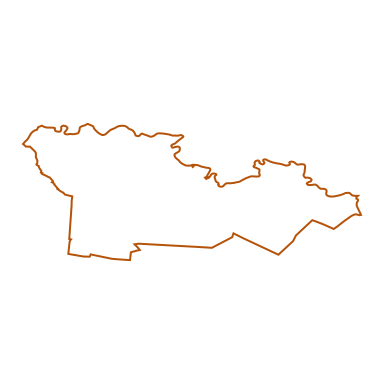 Ape, Apes, Latvia (Natural Earth projection)
{"feature_id": "27541924B31450842752545", "entity_name": "Ape", "entity_type": "district", "adm_level": 2, "iso_a3": "LVA", "parent_name": "Latvia", "parent_adm1": "Apes", "projection": "natural_earth1", "projection_center": [26.703, 57.539], "detail": "fine", "context": "isolated", "style": "outline", "palette": "amber", "viewbox_px": 384, "rotation_deg": 0, "n_neighbors": 0, "source": "geoboundaries", "source_scale": "gbopen_adm2", "svg_char_len": 5897}
<svg xmlns="http://www.w3.org/2000/svg" viewBox="0 0 384 384"><path d="M352.5,215.4L353.0,215.2L354.2,214.6L355.0,214.4L356.0,214.3L357.1,214.6L358.5,214.9L359.1,215.1L360.2,215.1L361.0,214.9L360.7,214.2L356.8,206.0L356.6,203.8L357.0,202.4L357.9,200.9L358.1,200.1L357.7,199.3L356.3,198.6L356.5,197.1L357.8,195.9L355.2,195.9L352.2,195.4L349.7,193.1L348.2,192.8L345.6,193.0L342.9,194.2L339.9,195.2L335.9,196.1L333.2,196.5L330.6,196.5L328.8,196.2L327.3,195.6L326.4,194.6L326.1,193.6L326.6,191.7L326.5,190.4L325.7,189.5L324.1,188.8L320.8,188.8L319.0,187.7L317.2,185.6L315.5,184.6L313.9,184.6L312.0,184.9L309.1,185.1L308.2,185.0L307.2,184.2L306.8,183.4L307.1,183.0L308.8,182.0L310.8,181.4L311.6,179.8L310.4,178.3L307.9,177.6L305.4,177.8L304.0,176.4L303.7,175.9L303.6,175.5L303.5,175.0L303.8,174.2L304.2,173.5L304.8,170.9L304.6,170.1L304.8,169.5L305.0,168.8L305.1,166.7L305.0,165.8L304.9,165.3L304.6,165.0L304.0,164.5L302.9,164.3L301.9,164.2L300.4,164.3L298.4,164.6L297.7,164.6L297.1,164.5L296.2,163.9L295.5,163.4L294.7,162.6L293.6,162.1L292.7,161.8L291.8,161.6L290.8,161.7L289.8,162.0L289.4,162.3L289.3,162.5L289.9,164.2L289.8,164.5L289.4,164.8L288.9,165.0L288.0,165.3L286.9,165.5L285.7,165.5L285.1,165.3L284.4,165.1L283.8,164.9L281.3,164.1L280.3,163.9L279.3,163.7L277.1,163.4L275.8,163.1L274.6,162.8L273.2,162.5L272.3,162.3L269.8,161.4L267.6,160.4L266.6,159.8L266.0,159.5L265.2,159.4L264.7,159.4L263.9,159.5L263.5,159.7L263.3,159.9L263.2,160.1L263.3,161.2L264.0,162.1L264.4,162.9L263.7,164.0L262.9,164.3L262.1,164.3L260.8,163.8L259.5,163.0L259.3,162.6L259.7,161.9L259.3,161.3L258.7,160.7L258.3,160.5L257.7,160.5L257.1,160.6L255.8,161.0L254.8,162.0L254.6,162.6L254.7,163.0L254.6,163.4L254.6,163.7L254.9,164.4L254.9,164.7L254.8,165.0L254.6,165.3L254.0,165.7L253.7,165.9L253.5,166.2L253.5,166.5L254.0,167.1L255.7,167.7L256.5,168.0L257.5,168.5L258.3,168.8L258.9,169.1L259.4,169.5L259.5,170.0L259.5,170.7L259.4,171.3L259.2,172.1L259.1,172.8L259.4,174.1L259.7,174.4L259.8,175.0L259.7,175.4L259.5,175.9L259.0,176.2L258.2,176.5L257.3,176.5L255.4,176.5L253.4,176.4L252.3,176.3L251.4,176.4L250.5,176.5L249.6,176.8L246.8,177.9L245.0,178.7L244.2,179.2L242.4,180.0L240.4,181.3L238.5,182.0L235.8,182.4L234.0,182.9L230.3,183.3L228.3,183.2L226.8,183.3L226.2,183.4L225.7,183.7L224.4,184.8L223.3,186.1L222.5,186.5L221.5,186.7L220.5,186.7L219.5,186.4L218.7,186.0L218.6,185.6L218.4,185.2L218.2,184.8L218.7,184.5L218.5,183.8L218.4,183.1L218.0,182.7L217.3,182.4L216.7,182.1L216.2,181.6L215.8,181.2L215.6,180.7L215.4,179.7L215.2,179.0L214.8,177.9L214.6,176.9L214.7,176.4L215.0,175.9L216.0,175.2L216.3,174.9L216.3,174.4L216.0,174.1L215.7,173.9L214.3,173.5L213.4,173.5L212.6,173.6L211.8,174.0L211.1,174.7L210.5,175.7L209.8,176.7L209.3,177.1L208.5,177.1L208.8,177.7L206.2,178.9L205.0,177.6L206.2,177.0L206.9,176.7L207.3,175.4L209.3,172.0L210.4,169.7L210.1,168.7L209.2,168.1L205.8,167.6L201.1,166.5L200.0,166.0L197.8,165.2L194.2,164.8L193.9,164.9L193.7,166.2L192.7,167.0L192.1,166.0L192.2,165.0L190.5,165.5L188.0,165.7L185.5,165.4L182.7,164.0L180.2,162.3L178.8,160.4L177.5,159.4L175.4,157.5L174.7,156.1L174.4,155.0L174.7,154.1L175.3,153.7L176.3,153.0L178.2,152.0L179.3,151.1L179.8,149.4L179.8,147.9L179.5,147.3L178.9,146.9L177.9,146.6L176.7,146.7L175.1,147.0L173.7,147.5L172.6,147.7L172.1,147.5L171.6,146.7L171.3,146.1L171.6,145.2L172.8,144.4L175.2,143.4L176.5,142.2L178.0,140.9L180.9,138.7L183.1,137.0L183.3,136.4L182.8,135.9L181.9,135.3L180.4,135.1L178.3,135.6L176.6,135.7L174.5,135.5L172.6,135.6L169.2,134.5L166.3,134.0L162.5,133.5L159.4,133.3L157.7,133.5L156.5,133.9L154.9,135.2L153.5,136.0L151.6,136.7L150.2,136.7L148.1,135.8L144.9,134.7L142.0,133.6L141.3,133.9L140.5,134.5L139.5,135.7L138.4,136.1L137.1,136.0L135.7,135.5L135.4,134.9L134.7,133.1L133.8,131.7L132.9,130.7L131.9,129.9L131.0,129.6L129.6,129.1L128.5,128.5L127.4,127.4L125.9,126.4L124.4,125.9L122.1,125.7L119.5,126.0L117.5,126.6L114.5,128.3L112.4,129.1L110.3,130.1L108.3,131.8L106.5,133.4L105.3,134.4L103.5,135.0L102.2,135.0L100.3,134.1L97.9,132.5L96.6,131.3L95.1,129.8L93.8,128.0L93.2,126.3L91.0,125.3L89.3,124.6L87.9,123.9L87.5,123.9L86.2,124.6L84.6,125.5L82.2,126.0L81.5,126.5L80.7,126.8L79.9,127.5L79.6,128.9L79.5,130.1L78.7,132.3L78.1,133.1L77.3,133.5L74.2,134.1L72.1,134.2L70.3,133.9L67.5,134.4L65.4,134.1L64.7,133.6L64.4,132.6L64.9,131.8L66.2,130.5L67.2,128.9L67.5,128.1L66.7,126.7L65.4,126.1L63.5,125.6L62.0,126.2L61.2,126.9L61.2,127.6L61.3,129.1L61.0,130.4L60.4,131.3L59.6,131.7L58.4,131.7L56.6,131.4L55.4,130.9L55.0,130.2L54.8,129.4L54.9,128.3L54.7,128.0L53.6,127.8L51.6,127.6L48.5,127.6L46.3,127.5L44.0,126.8L41.9,125.7L38.1,127.2L37.0,129.7L34.3,130.6L32.6,131.9L31.3,133.1L29.6,135.8L28.6,137.7L26.8,140.1L25.3,141.4L23.0,144.0L26.0,146.6L29.9,146.6L35.0,151.5L35.9,153.1L35.9,157.3L36.6,158.8L37.4,160.7L37.2,163.4L36.5,164.2L36.4,164.5L37.5,165.5L38.6,165.9L39.2,167.8L40.5,169.9L41.3,170.6L41.1,171.8L40.9,172.3L42.2,173.0L41.7,173.6L42.6,174.3L44.1,174.8L47.7,176.6L48.3,177.1L49.1,177.2L49.8,177.6L52.8,180.9L52.9,181.2L52.5,181.5L52.5,181.8L52.5,182.1L52.3,182.1L52.2,182.1L52.0,182.3L53.2,182.7L53.4,182.7L53.5,182.8L53.5,183.0L53.7,183.6L53.8,183.8L54.0,184.0L54.5,184.2L54.6,184.4L54.6,184.7L54.6,185.0L55.0,185.4L55.4,185.8L57.7,188.5L57.9,188.7L57.4,189.0L57.5,189.2L58.0,189.3L59.9,190.8L62.9,192.6L63.2,192.6L65.0,194.6L72.3,196.4L71.7,200.5L71.6,205.0L71.5,206.8L69.3,238.6L69.2,238.9L71.0,239.4L70.2,240.3L69.6,241.9L69.3,244.6L68.3,253.9L83.3,256.5L89.7,256.7L90.7,254.4L95.8,255.5L111.9,258.8L117.8,259.3L130.0,260.1L130.9,252.3L136.9,250.6L139.8,250.0L138.2,248.0L135.7,245.4L134.6,244.3L138.5,243.7L195.2,246.8L211.9,247.8L232.2,237.2L232.7,235.5L233.5,233.4L243.4,238.3L278.4,254.7L293.0,241.2L296.0,235.4L312.3,220.2L316.0,221.5L318.4,222.4L320.4,223.2L322.2,223.9L324.6,224.9L326.6,225.8L331.8,228.1L333.6,229.0L337.6,226.3L340.7,223.8L344.7,220.7L351.1,216.2L352.5,215.4Z" fill="none" stroke="#b45309" stroke-width="2"/></svg>